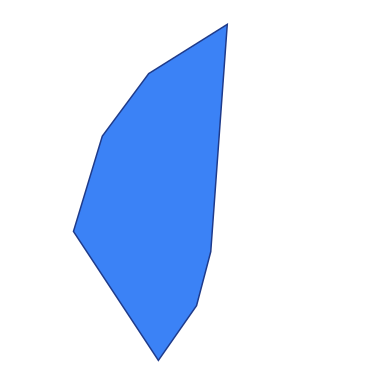 outline of West End, rotated 147°
{"feature_id": "AIA-5127", "entity_name": "West End", "entity_type": "District", "adm_level": 1, "iso_a3": "AIA", "parent_name": "Anguilla", "parent_adm1": "", "projection": "natural_earth1", "projection_center": [-63.137, 18.189], "detail": "fine", "context": "isolated", "style": "filled", "palette": "blue", "viewbox_px": 384, "rotation_deg": 147, "n_neighbors": 0, "source": "natural_earth", "source_scale": "10m", "svg_char_len": 264}
<svg xmlns="http://www.w3.org/2000/svg" viewBox="0 0 384 384"><g transform="rotate(147 192 192)"><path d="M312.9,223.5L236.8,287.7L163.8,314.9L71.1,313.4L208.8,131.7L250.1,94.2L311.9,69.1L312.9,223.5Z" fill="#3b82f6" stroke="#1e3a8a" stroke-width="1.5"/></g></svg>